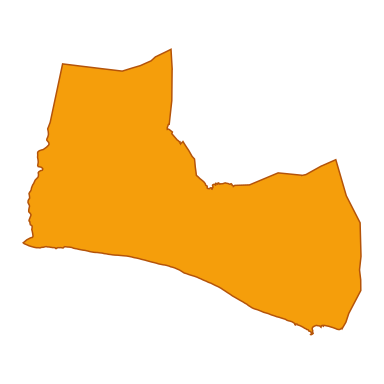 outline of Santa María Tonameca, Oaxaca, Mexico
{"feature_id": "50627088B31597135225135", "entity_name": "Santa María Tonameca", "entity_type": "district", "adm_level": 2, "iso_a3": "MEX", "parent_name": "Mexico", "parent_adm1": "Oaxaca", "projection": "natural_earth1", "projection_center": [-96.691, 15.782], "detail": "fine", "context": "isolated", "style": "filled", "palette": "amber", "viewbox_px": 384, "rotation_deg": 0, "n_neighbors": 0, "source": "geoboundaries", "source_scale": "gbopen_adm2", "svg_char_len": 5676}
<svg xmlns="http://www.w3.org/2000/svg" viewBox="0 0 384 384"><path d="M169.2,124.3L171.8,100.6L172.1,69.8L172.2,69.5L171.0,49.3L166.8,51.4L161.6,53.9L155.4,56.9L151.0,60.9L147.1,62.6L140.4,65.6L131.6,68.2L122.3,71.1L121.2,71.0L111.3,69.8L101.9,68.7L86.4,66.8L82.1,66.3L74.1,65.3L62.6,63.9L50.2,122.3L48.4,127.1L47.8,128.5L47.7,129.0L48.2,131.3L48.4,133.3L48.4,134.6L48.0,136.4L46.8,139.2L46.8,140.2L48.4,142.1L48.9,143.1L49.0,144.4L48.5,145.2L47.8,145.9L46.6,147.1L45.4,148.0L43.7,149.2L43.3,149.5L41.4,150.0L39.2,150.8L37.9,151.9L37.6,152.9L37.7,154.5L37.7,155.5L37.6,156.8L37.6,157.6L37.9,158.9L38.2,161.2L38.2,162.6L37.7,165.5L38.2,166.6L39.3,166.8L40.9,167.1L41.7,167.6L42.7,168.5L42.7,169.6L42.2,170.3L40.6,170.6L38.8,171.8L38.2,172.8L38.5,174.5L38.3,176.5L37.8,177.4L35.2,180.1L33.6,183.6L32.7,184.9L31.5,187.9L31.2,189.7L30.4,191.4L29.7,192.1L29.0,193.6L29.4,195.6L29.6,197.4L29.6,198.3L29.3,198.8L28.8,199.2L28.1,200.8L28.0,202.6L29.4,205.4L29.5,206.5L29.1,208.0L28.8,209.5L28.7,211.2L28.9,212.0L29.9,213.0L30.5,213.8L31.0,214.9L30.8,215.7L29.8,218.2L29.0,220.3L29.1,221.1L29.7,221.4L30.3,224.7L31.3,225.3L31.9,225.8L32.2,226.8L31.8,229.7L32.2,231.1L32.6,233.1L32.8,234.4L33.0,235.9L32.9,236.6L32.5,237.2L32.2,237.5L31.6,237.5L30.0,238.1L26.8,239.8L23.2,242.8L24.1,243.6L24.7,243.9L27.1,244.9L29.0,245.8L31.3,246.5L34.2,247.3L36.3,247.7L38.6,247.7L40.0,247.9L41.4,247.4L42.1,247.3L43.1,247.3L44.0,247.1L44.8,246.8L45.3,246.7L46.4,246.6L47.2,246.9L47.9,246.9L48.7,247.0L49.1,247.0L49.8,247.1L50.7,247.3L51.7,247.4L52.6,247.6L53.9,247.6L54.7,247.7L55.2,247.9L55.5,248.2L55.7,248.5L56.4,248.5L56.9,248.2L57.1,247.8L57.5,247.7L58.0,247.6L59.1,247.7L60.6,247.6L62.1,247.8L63.0,248.0L63.7,247.5L64.0,247.1L64.7,246.7L66.2,246.8L67.4,247.0L69.4,247.1L71.9,247.5L73.5,248.2L75.3,248.6L76.7,248.8L79.1,249.4L82.8,250.1L85.1,250.4L88.1,251.1L89.9,251.6L92.7,252.1L94.6,252.4L97.3,252.5L99.5,252.8L102.3,253.1L104.1,253.6L106.2,253.8L108.5,254.3L110.4,254.5L112.9,254.9L115.1,255.1L117.8,255.2L120.8,255.5L124.1,255.8L126.7,256.0L129.5,256.5L131.5,256.9L134.0,257.6L136.9,258.1L139.4,258.7L141.4,259.3L144.8,260.1L147.2,260.8L150.1,261.6L152.0,262.1L154.2,262.6L156.5,263.2L158.6,263.9L160.7,264.3L163.1,264.8L164.8,265.0L166.6,265.4L169.1,266.1L170.7,266.8L172.5,267.2L174.7,267.9L176.7,268.8L179.5,270.0L182.2,271.7L184.2,273.0L186.4,273.6L189.0,274.6L191.6,275.4L194.6,276.3L197.4,277.3L199.0,278.1L201.0,278.9L203.2,280.0L206.2,281.2L208.4,282.3L211.0,283.2L212.9,284.2L215.5,285.5L218.2,286.7L220.9,288.2L222.8,289.5L225.0,290.9L227.2,292.4L230.2,294.3L232.4,295.9L234.9,297.3L237.3,298.7L239.9,300.2L242.8,301.8L245.3,303.4L246.6,304.0L248.4,305.5L249.9,306.4L251.7,307.6L253.3,308.4L254.6,308.9L257.7,309.8L260.7,311.0L263.7,312.3L268.3,313.6L271.4,314.9L274.3,315.8L276.7,316.7L279.2,317.3L281.0,317.9L282.9,318.5L285.5,319.3L287.0,320.3L289.0,320.9L289.6,321.0L291.9,321.7L293.6,322.7L294.6,323.5L294.8,324.4L295.3,325.0L295.5,325.0L295.4,324.5L295.6,324.0L295.9,324.0L297.1,324.1L297.5,324.8L299.9,325.6L302.1,326.7L303.2,327.3L303.8,327.7L304.8,328.3L306.0,328.8L306.6,329.4L307.9,329.7L308.6,330.3L308.7,330.9L309.3,331.2L309.7,331.3L310.2,331.4L310.7,331.7L311.1,332.5L311.3,333.2L311.5,333.5L311.4,334.1L311.2,334.3L310.7,334.5L310.9,334.7L311.4,334.6L311.8,334.4L312.2,334.2L312.4,334.0L312.8,333.6L313.1,333.5L313.2,333.2L312.8,332.8L312.6,332.3L312.7,331.2L312.7,330.3L312.3,329.7L312.3,329.3L312.2,328.5L312.4,327.8L313.1,326.9L313.8,326.5L314.6,326.0L315.2,325.8L315.8,325.6L316.0,325.5L316.6,325.4L316.8,325.5L318.2,325.8L319.2,325.8L319.9,326.1L320.5,326.8L321.0,327.2L321.2,326.3L321.4,325.8L322.2,325.4L322.6,325.5L323.1,326.1L323.3,326.3L323.5,326.1L323.6,325.8L323.7,325.6L323.4,325.6L323.4,325.4L323.6,325.4L324.0,325.4L324.6,325.4L325.4,325.6L326.8,325.9L328.8,326.3L330.6,326.9L332.3,327.4L333.0,327.6L334.0,328.0L335.2,328.4L335.9,328.7L336.1,328.8L337.0,329.2L337.8,329.4L338.0,329.4L339.0,329.6L339.6,329.5L339.9,329.4L340.4,329.1L341.1,328.7L341.4,328.3L341.7,328.3L341.9,328.3L342.1,328.7L345.9,322.2L348.8,313.4L360.8,290.5L360.7,279.8L359.5,269.9L361.0,256.3L360.8,249.0L360.1,222.8L346.3,195.8L335.8,159.7L321.0,166.2L305.9,174.6L301.6,175.5L301.4,175.2L285.4,173.6L278.1,172.9L249.5,184.9L234.7,185.4L233.4,186.4L233.3,185.9L232.9,185.7L232.4,185.2L232.0,185.1L231.9,184.5L231.4,183.9L231.1,183.7L230.8,183.8L230.4,184.1L230.1,184.3L229.4,184.2L228.8,183.8L227.7,183.4L227.1,183.4L226.7,183.3L226.0,183.1L225.2,182.9L224.9,183.0L224.5,183.1L223.9,183.3L223.2,183.6L222.0,183.8L220.5,183.8L220.2,183.9L220.2,184.0L219.8,184.1L219.5,184.0L219.1,183.5L218.8,183.0L218.6,182.9L218.1,183.0L217.8,183.2L217.8,183.6L217.8,184.1L217.7,184.2L217.4,184.1L216.7,183.8L216.0,183.3L215.6,183.3L215.5,183.5L215.5,184.0L215.7,184.8L215.6,185.0L215.0,184.6L214.5,184.4L213.5,184.4L212.6,185.0L212.5,185.4L212.7,185.9L213.0,187.1L212.8,187.3L212.6,187.7L212.4,188.5L212.2,188.9L212.0,189.2L211.8,189.1L211.5,187.9L211.2,187.8L210.7,187.8L209.9,188.2L209.3,188.7L208.4,188.6L207.9,188.5L207.6,188.4L207.3,188.2L207.2,188.0L207.2,187.9L207.2,187.5L207.2,187.0L207.2,186.3L207.1,186.1L206.9,185.8L206.4,185.7L205.7,185.2L205.6,184.7L205.3,183.8L204.8,183.1L204.7,182.9L203.7,181.7L201.3,179.7L199.9,178.6L198.3,177.0L196.4,175.4L195.9,171.5L195.3,167.2L194.9,162.7L194.5,159.0L192.1,156.4L188.7,150.4L187.0,147.9L185.1,145.0L183.0,141.6L182.8,141.9L182.3,142.2L181.9,142.6L181.5,143.0L180.9,143.5L180.6,143.9L180.3,143.0L180.0,143.0L179.9,141.7L179.3,141.8L178.1,140.5L177.5,140.3L171.9,133.8L171.8,133.7L172.4,132.0L169.5,129.7L168.4,129.1L167.3,129.4L167.2,127.8L168.3,124.6L168.5,124.3L169.2,124.3Z" fill="#f59e0b" stroke="#b45309" stroke-width="1.5"/></svg>